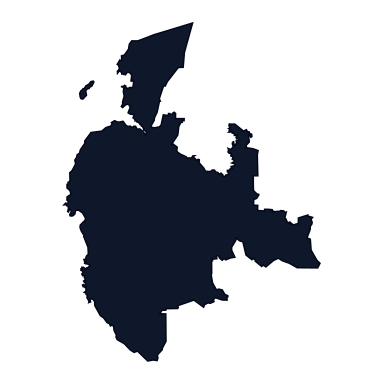 Maguindanao, Maguindanao, Philippines
{"feature_id": "2640588B76798451045250", "entity_name": "Maguindanao", "entity_type": "district", "adm_level": 2, "iso_a3": "PHL", "parent_name": "Philippines", "parent_adm1": "Maguindanao", "projection": "albers", "projection_center": [124.09, 6.876], "detail": "fine", "context": "isolated", "style": "filled", "palette": "ink", "viewbox_px": 384, "rotation_deg": 0, "n_neighbors": 0, "source": "geoboundaries", "source_scale": "gbopen_adm2", "svg_char_len": 5918}
<svg xmlns="http://www.w3.org/2000/svg" viewBox="0 0 384 384"><path d="M192.6,23.0L154.3,34.6L137.8,40.9L131.7,40.9L129.3,44.2L128.5,49.2L124.4,55.0L121.5,55.8L121.7,60.1L120.3,60.5L119.8,60.0L117.2,64.4L118.2,64.9L119.4,68.0L118.8,69.9L117.4,71.1L117.5,73.2L118.9,71.4L120.0,71.2L121.5,72.5L121.9,74.2L122.8,73.8L124.1,74.6L124.7,74.0L125.6,74.7L126.6,73.0L128.3,72.0L130.8,73.7L131.7,75.5L131.0,81.0L132.0,81.2L132.5,80.3L133.7,81.2L132.9,87.5L129.7,87.5L127.4,88.8L127.0,88.0L125.5,87.7L125.9,86.1L124.5,85.3L124.0,86.1L121.0,86.6L123.0,87.2L123.8,88.6L123.3,91.6L124.2,96.1L122.5,102.3L122.8,103.9L121.3,106.5L122.6,107.6L125.5,105.0L127.9,104.1L129.3,105.0L129.4,106.1L130.5,106.5L128.1,112.8L130.1,114.1L134.3,114.7L133.0,117.8L135.0,119.5L135.1,120.8L135.8,120.3L136.8,121.9L138.6,122.5L140.4,124.8L141.2,124.9L141.4,126.0L143.0,126.7L142.9,127.7L143.9,128.5L143.5,130.0L146.2,131.5L146.2,133.9L145.2,134.7L143.5,132.1L139.8,128.9L137.1,129.2L135.6,126.3L133.5,126.3L132.1,127.8L130.4,126.1L127.9,126.4L126.1,125.4L123.1,121.3L118.2,122.2L114.5,120.7L111.4,122.6L112.2,123.3L110.9,126.0L105.9,127.6L101.8,131.1L91.0,132.5L84.8,140.9L84.8,143.3L80.4,149.7L79.5,153.2L77.1,154.8L76.7,157.3L74.8,160.1L75.6,163.9L72.1,170.6L69.8,172.7L70.0,180.4L69.3,181.9L68.1,182.2L68.2,183.8L67.0,184.3L67.0,188.0L69.9,190.5L71.0,194.3L67.1,196.8L66.9,200.1L68.4,201.5L68.0,202.9L67.1,203.5L65.6,203.1L64.0,204.9L66.3,204.6L66.7,205.8L68.2,206.3L68.4,208.9L67.6,211.5L68.5,212.0L69.5,209.4L71.1,210.3L71.1,212.2L69.7,214.5L70.1,215.8L71.2,216.1L71.9,215.4L72.5,215.9L73.7,215.3L73.8,214.0L74.8,214.1L75.7,210.4L78.6,210.2L82.6,213.0L85.5,218.2L84.9,221.3L84.5,220.8L80.3,225.0L80.0,227.4L81.4,231.3L84.3,235.9L83.7,236.4L88.0,247.4L88.3,254.1L86.3,256.3L85.5,259.3L83.9,259.5L84.9,262.1L84.3,263.7L85.7,262.5L86.1,263.9L86.6,263.5L90.5,265.6L87.8,267.5L88.0,268.2L86.6,268.5L87.0,267.4L85.7,269.0L83.2,267.2L81.9,267.2L82.0,268.4L81.0,268.6L80.9,270.3L83.7,271.7L81.8,273.9L82.7,275.8L84.0,275.4L84.7,276.6L84.3,277.6L85.1,278.4L85.0,280.3L83.6,281.0L84.3,282.2L85.2,281.8L85.6,286.0L83.4,284.5L82.5,285.0L83.1,286.7L84.5,286.9L85.9,288.3L86.1,290.7L84.3,292.4L85.7,292.6L86.2,294.6L87.4,295.1L86.9,297.6L89.0,301.2L88.7,302.6L90.6,301.9L90.0,300.6L90.8,299.0L91.8,298.7L93.5,299.9L94.6,301.6L94.8,305.6L100.3,315.6L103.6,317.9L107.2,322.8L109.4,323.6L110.4,325.9L111.9,325.3L113.5,325.9L114.1,330.6L116.3,334.9L116.0,337.1L117.2,339.6L124.4,343.8L130.2,349.9L134.1,352.4L137.5,351.1L147.7,361.0L153.2,360.0L157.1,360.6L157.9,358.1L157.4,355.0L162.3,349.6L162.2,348.4L166.0,341.3L165.8,313.9L159.9,313.8L162.0,310.3L165.8,310.2L166.1,308.7L177.7,308.5L178.3,307.3L177.7,305.7L193.9,300.1L203.6,307.2L205.1,303.7L205.8,304.1L208.5,302.5L209.3,303.3L210.9,303.2L211.7,301.3L212.6,302.4L214.0,301.6L213.3,299.6L215.5,297.7L222.2,300.0L227.1,300.1L226.9,297.2L227.8,296.9L227.8,295.7L224.9,294.4L222.2,289.9L218.8,289.1L216.4,289.8L212.6,283.0L211.1,274.5L211.7,273.8L211.6,260.8L212.5,260.8L212.4,258.5L213.2,259.1L216.9,258.7L216.4,256.1L218.2,255.4L219.7,258.2L222.2,260.3L224.1,258.5L225.7,259.9L230.9,257.8L234.9,257.3L231.6,250.1L231.7,247.2L235.7,240.5L236.1,238.1L239.5,240.8L242.9,241.9L246.0,255.0L251.9,259.7L253.0,258.3L256.0,260.9L255.5,261.4L261.7,266.5L263.0,265.1L265.9,266.9L273.5,260.5L278.3,258.2L282.6,260.9L289.2,263.2L297.2,267.7L317.7,267.9L320.0,263.3L316.9,260.3L311.1,250.1L310.3,239.2L307.0,237.9L310.2,229.4L310.2,226.5L311.8,224.2L312.2,222.3L311.0,219.4L312.6,217.4L308.0,216.1L307.9,215.0L298.4,218.0L298.3,223.5L293.0,224.9L292.0,223.8L291.0,224.0L291.4,223.5L290.0,222.0L289.2,222.2L289.2,223.0L287.5,222.7L286.3,219.8L285.7,220.1L285.7,218.7L284.7,218.6L286.3,212.0L284.8,212.5L283.8,210.9L280.8,210.6L280.7,211.1L272.7,211.8L273.1,211.1L272.1,211.0L272.2,209.7L268.3,209.3L264.6,209.3L264.5,211.0L259.1,210.6L257.5,210.1L257.8,205.4L253.5,205.1L253.8,199.6L256.6,198.4L258.7,195.3L258.7,194.3L257.1,194.1L253.5,190.6L253.3,183.9L253.3,175.8L257.8,175.8L257.3,154.6L258.1,150.6L253.0,148.7L246.3,147.7L246.3,145.2L249.3,142.0L248.5,135.3L249.6,135.4L250.9,137.3L251.9,136.6L251.7,134.3L249.5,133.3L249.2,131.9L247.5,131.7L246.4,129.7L243.5,131.1L234.9,124.1L231.6,124.1L230.7,125.1L229.9,123.8L229.3,124.0L228.9,125.5L230.0,127.8L228.6,128.5L229.9,129.3L229.1,130.8L230.4,131.2L229.1,132.1L232.5,132.0L232.2,133.0L234.1,133.5L234.4,135.4L237.1,135.0L236.0,137.4L236.7,138.7L237.9,138.3L238.6,140.1L238.2,140.7L236.3,140.5L236.2,141.9L237.7,143.1L235.7,144.0L235.6,145.2L234.2,145.3L233.6,141.7L232.6,142.2L232.3,143.7L233.2,146.9L230.7,149.5L228.1,148.4L228.6,149.7L228.0,152.0L229.2,153.3L231.3,153.3L230.8,155.9L232.7,156.8L233.1,157.6L232.2,159.1L234.4,160.5L234.2,161.6L231.8,163.0L235.0,164.0L235.3,164.8L234.4,165.7L231.2,166.5L232.5,168.1L232.2,168.7L230.5,168.3L229.5,170.1L227.3,170.4L227.4,171.8L228.5,172.5L228.1,174.8L225.8,175.0L225.5,176.4L222.8,176.1L222.9,174.9L221.0,173.1L219.0,174.3L218.0,172.5L215.7,172.0L214.5,170.1L212.3,170.0L210.3,171.6L205.5,171.2L203.8,168.1L199.1,162.7L199.3,159.7L198.2,159.3L196.5,160.3L194.8,158.2L193.3,157.5L193.3,156.8L194.6,155.8L192.7,155.9L191.6,158.0L186.8,157.9L186.2,156.7L180.7,154.3L177.6,152.1L176.8,150.6L177.2,147.1L173.3,144.2L172.0,145.2L171.4,144.7L177.8,135.0L178.8,126.5L180.8,122.6L182.3,122.3L182.3,120.7L184.1,120.7L184.2,118.6L175.5,118.6L175.6,113.5L174.2,112.2L172.5,113.3L172.4,114.2L170.4,114.5L170.0,113.6L168.5,113.5L168.3,115.5L163.3,114.8L161.1,125.0L159.4,126.9L154.3,127.8L151.2,127.1L151.1,125.9L154.2,120.3L154.5,117.7L157.1,112.3L159.5,101.1L160.3,101.1L159.3,98.7L163.6,85.8L165.2,86.1L167.3,81.7L178.3,67.5L183.2,67.3L184.4,52.5L192.6,23.0ZM93.3,81.1L90.9,81.6L88.7,84.3L86.0,85.8L84.1,88.7L83.3,88.9L82.5,88.2L83.3,89.0L80.8,90.9L79.7,93.4L80.2,97.2L81.1,98.8L82.9,99.1L86.5,95.2L85.7,90.9L86.8,89.3L89.3,88.3L89.4,87.5L91.9,86.0L93.9,82.0L93.3,81.1Z" fill="#0f172a" stroke="#020617" stroke-width="1.5"/></svg>